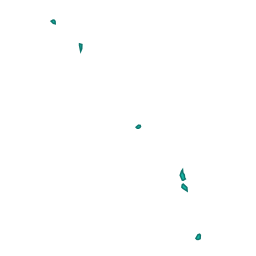 an SVG outline of Northern Mariana Islands, rotated 321°
{"feature_id": "MNP", "entity_name": "Northern Mariana Islands", "entity_type": "country or territory", "adm_level": 0, "iso_a3": "MNP", "parent_name": "Oceania", "parent_adm1": "", "projection": "robinson", "projection_center": [145.622, 16.459], "detail": "fine", "context": "isolated", "style": "filled", "palette": "teal", "viewbox_px": 256, "rotation_deg": 321, "n_neighbors": 0, "source": "natural_earth", "source_scale": "50m", "svg_char_len": 714}
<svg xmlns="http://www.w3.org/2000/svg" viewBox="0 0 256 256"><g transform="rotate(321 128 128)"><path d="M140.7,202.2L140.5,203.7L138.0,203.3L137.4,202.7L138.8,197.6L142.4,195.3L144.1,194.8L142.5,197.2L142.2,199.9L140.7,202.2ZM136.3,211.3L134.3,214.2L132.8,209.7L132.6,207.9L134.4,206.3L135.6,206.3L136.3,211.3ZM116.8,256.8L114.4,259.4L112.6,258.9L111.5,258.0L111.3,256.5L115.2,255.0L116.8,255.6L116.8,256.8ZM141.9,37.3L139.5,38.6L142.5,33.0L143.3,32.1L144.7,34.1L141.9,37.3ZM138.5,-0.9L137.0,1.2L135.8,-0.4L135.5,-3.4L137.6,-3.1L138.4,-2.5L138.5,-0.9ZM138.7,134.7L137.6,135.1L136.1,134.9L135.0,134.0L134.8,132.5L137.9,132.4L139.1,133.6L138.7,134.7Z" fill="#14b8a6" stroke="#0f766e" stroke-width="1.5"/></g></svg>